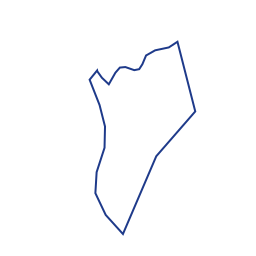 SVG path tracing the border of Olongapo, rotated 114°
{"feature_id": "PHL-5540", "entity_name": "Olongapo", "entity_type": "Highly Urbanized City", "adm_level": 1, "iso_a3": "PHL", "parent_name": "Philippines", "parent_adm1": "", "projection": "mercator", "projection_center": [120.303, 14.868], "detail": "fine", "context": "isolated", "style": "outline", "palette": "blue", "viewbox_px": 256, "rotation_deg": 114, "n_neighbors": 0, "source": "natural_earth", "source_scale": "10m", "svg_char_len": 446}
<svg xmlns="http://www.w3.org/2000/svg" viewBox="0 0 256 256"><g transform="rotate(114 128 128)"><path d="M88.0,179.6L88.7,179.1L92.7,172.3L95.9,163.3L82.6,162.0L76.1,160.0L73.4,155.2L72.6,145.8L69.7,141.7L63.9,140.8L54.4,141.0L46.0,134.8L37.8,123.5L29.1,117.9L85.5,73.3L142.3,90.7L226.9,89.5L216.5,113.0L200.8,131.3L181.1,138.7L155.6,141.4L136.0,149.6L118.6,163.3L99.5,182.7L88.0,179.6Z" fill="none" stroke="#1e3a8a" stroke-width="2"/></g></svg>